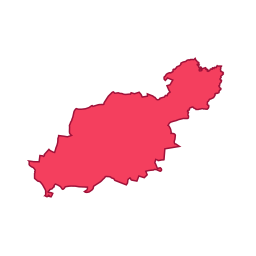 Chalán, Sucre, Colombia, rotated 79°
{"feature_id": "7082276B25475067985173", "entity_name": "Chalán", "entity_type": "district", "adm_level": 2, "iso_a3": "COL", "parent_name": "Colombia", "parent_adm1": "Sucre", "projection": "robinson", "projection_center": [-75.337, 9.572], "detail": "fine", "context": "isolated", "style": "filled", "palette": "rose", "viewbox_px": 256, "rotation_deg": 79, "n_neighbors": 0, "source": "geoboundaries", "source_scale": "gbopen_adm2", "svg_char_len": 5655}
<svg xmlns="http://www.w3.org/2000/svg" viewBox="0 0 256 256"><g transform="rotate(79 128 128)"><path d="M72.5,48.8L73.4,50.2L73.3,51.0L72.9,52.1L72.9,53.0L72.7,53.5L73.0,54.3L73.0,54.7L72.8,54.9L72.7,55.5L72.7,56.7L72.8,57.2L73.5,58.3L73.7,59.1L73.7,60.2L73.8,61.4L74.3,63.2L74.4,63.6L75.0,63.9L75.5,63.9L76.1,64.6L76.7,65.6L77.1,67.7L77.3,68.5L78.0,69.0L78.5,69.6L78.6,70.1L79.4,70.7L79.4,71.4L79.0,71.9L79.2,72.5L80.1,72.9L80.8,72.9L81.3,73.3L81.7,74.9L82.1,75.5L81.7,76.5L81.8,77.8L82.2,79.2L82.7,80.2L83.7,81.1L84.3,81.7L84.6,82.5L85.1,82.9L85.9,83.1L87.0,83.2L88.4,82.3L87.3,80.7L86.4,79.7L89.5,74.9L93.6,78.5L93.9,81.7L98.8,80.6L100.8,79.8L101.0,80.0L101.1,80.8L101.9,82.1L102.6,82.8L103.7,83.3L103.2,85.1L104.5,86.3L104.9,91.0L105.3,91.3L105.7,91.3L105.8,91.5L106.0,92.9L105.9,93.7L105.7,94.1L105.2,94.6L103.1,95.7L103.0,96.0L102.1,96.9L101.3,97.6L98.2,102.5L99.2,102.6L100.5,102.9L100.3,108.1L100.0,108.3L98.6,108.5L97.4,108.9L95.0,110.2L95.6,114.9L95.4,115.5L94.0,118.2L95.2,119.1L95.0,120.2L94.6,124.0L94.1,125.7L93.0,127.4L92.5,129.3L91.6,130.8L91.4,134.1L91.2,134.5L89.9,135.3L89.7,135.6L90.1,136.9L93.0,141.2L94.4,142.6L98.5,146.5L99.2,146.9L99.7,147.0L100.1,147.3L100.2,147.8L99.6,151.1L99.5,152.6L100.1,158.3L99.2,158.8L99.2,159.4L100.5,162.4L100.8,164.5L101.0,166.2L100.7,170.1L100.1,173.1L99.1,175.1L99.4,175.7L100.6,177.1L101.7,177.9L106.8,180.1L108.7,181.3L110.0,181.9L111.4,183.2L112.4,183.7L114.3,185.0L116.0,185.2L120.5,186.2L121.9,186.3L123.2,185.8L124.5,184.8L125.1,189.1L123.8,192.6L122.2,197.5L123.1,197.7L124.9,198.8L126.8,199.2L128.9,199.8L131.4,201.0L133.9,202.6L135.0,203.1L138.0,204.7L137.7,205.5L137.2,206.3L135.5,208.5L134.6,209.3L133.9,209.7L138.0,215.1L138.2,215.3L139.1,215.3L139.8,216.2L139.8,216.4L139.1,217.0L138.2,219.7L144.2,221.7L143.1,226.9L141.5,231.6L142.0,231.3L144.7,232.0L145.4,231.9L146.0,231.6L147.7,230.1L148.4,229.0L149.1,228.3L150.1,227.8L151.1,227.3L151.8,227.2L152.3,227.3L152.8,227.8L154.0,227.8L154.8,228.4L159.5,229.3L159.8,229.2L162.8,226.8L163.7,225.1L164.2,224.4L167.4,222.7L173.0,220.9L174.5,220.8L175.0,220.9L175.1,221.1L176.3,221.2L178.0,221.7L178.5,222.4L178.6,221.9L179.1,221.9L180.0,220.7L179.9,220.0L179.8,219.6L178.9,218.9L179.3,218.3L180.0,218.5L180.9,216.7L179.3,215.3L177.8,214.3L176.8,215.8L176.0,218.2L175.7,218.7L175.4,218.7L174.7,218.0L174.3,217.1L173.5,216.6L173.2,214.1L172.3,213.1L171.9,212.5L171.8,212.0L171.6,211.7L171.0,211.9L170.7,211.7L169.6,210.7L169.2,209.9L170.6,207.8L172.3,205.8L173.0,205.3L175.1,204.4L175.7,203.8L175.7,203.3L175.1,202.2L173.7,200.7L173.9,196.7L174.1,195.1L175.0,190.9L176.3,187.4L178.3,179.1L180.2,179.5L180.5,179.7L181.0,180.2L182.1,182.9L182.9,182.1L183.3,180.9L183.4,179.9L183.3,178.2L181.9,175.1L181.3,174.3L180.6,173.7L178.9,173.0L178.6,172.8L177.9,171.2L175.8,165.9L175.3,164.9L174.7,163.9L173.6,162.4L172.7,160.9L171.9,159.9L171.4,159.6L171.4,159.4L171.5,158.1L171.7,157.7L172.0,156.4L172.3,155.5L172.8,154.4L173.8,153.8L174.9,151.7L176.9,150.9L183.5,140.5L181.9,139.0L181.5,138.8L181.1,138.8L180.5,138.5L178.8,138.0L178.1,137.2L177.7,136.1L177.4,135.8L177.4,135.6L177.8,135.2L179.0,135.0L179.5,134.8L179.9,134.2L181.8,129.4L177.2,126.5L179.9,121.5L177.6,118.1L173.9,118.8L173.7,116.4L173.8,113.9L174.1,111.1L173.8,110.2L173.8,109.6L174.3,108.0L176.4,105.0L176.6,104.7L176.5,104.1L176.2,103.5L175.7,103.1L175.1,103.0L174.2,103.2L173.2,103.9L173.2,105.5L173.4,106.2L173.4,106.5L173.1,106.9L168.4,107.8L167.2,108.3L164.1,106.8L165.5,104.6L165.8,104.5L165.8,100.8L166.1,98.9L165.9,98.7L155.5,95.8L155.5,94.6L155.9,81.0L152.9,84.0L152.4,85.1L151.5,85.3L150.6,85.3L149.4,84.9L148.0,84.1L144.1,82.9L143.3,83.1L142.5,83.8L141.9,85.0L141.5,86.8L140.4,86.4L137.8,86.4L136.4,86.6L134.5,87.2L133.4,87.7L133.0,88.2L131.2,86.5L130.7,85.7L130.4,84.9L130.1,82.4L129.9,79.3L129.4,76.6L129.2,71.9L130.0,68.0L130.0,67.4L129.6,66.8L128.3,66.4L127.7,66.3L127.0,66.7L126.0,66.6L124.9,66.1L124.5,65.7L123.8,65.8L123.5,66.2L123.4,66.0L122.9,66.2L122.3,66.1L122.1,65.8L122.1,64.6L121.7,64.2L120.6,64.0L120.0,63.1L120.0,62.2L119.7,61.9L119.8,61.1L119.7,60.6L119.8,60.3L121.3,59.3L121.6,58.6L122.2,57.8L122.8,57.7L123.2,55.5L123.1,54.7L123.2,53.1L123.1,51.8L123.3,50.8L123.7,50.3L123.9,49.2L124.2,48.4L124.7,46.7L123.8,45.4L123.3,45.0L122.0,44.5L121.2,44.5L120.9,45.2L120.3,45.4L120.0,45.7L119.4,45.4L118.4,45.3L117.4,44.9L116.9,43.8L116.4,43.3L115.7,42.9L115.4,42.6L115.3,41.2L114.5,38.2L112.6,36.4L111.5,36.3L111.2,36.2L111.1,35.8L111.2,35.4L110.7,34.9L111.0,33.7L110.6,32.0L109.4,31.6L108.4,30.9L108.1,29.8L107.9,29.6L106.9,29.3L105.8,30.4L105.0,30.3L104.3,30.8L104.0,30.8L103.5,29.8L102.1,29.5L101.6,29.1L101.2,28.3L100.0,27.4L99.0,27.1L98.8,27.2L98.8,27.9L97.6,28.4L97.2,28.2L96.2,27.0L95.3,27.2L95.0,27.1L93.3,24.3L93.1,24.1L92.2,24.5L91.6,24.0L90.8,25.1L90.4,25.4L90.1,26.1L89.9,26.2L89.1,26.0L88.1,26.1L87.3,25.6L86.1,25.5L85.3,24.5L85.1,24.4L85.0,24.6L84.5,27.3L84.2,28.4L83.9,28.6L84.7,29.4L85.3,29.6L85.5,29.8L85.5,30.2L85.1,30.9L85.0,31.5L86.0,32.3L85.1,33.1L85.1,33.6L85.4,33.9L86.1,34.0L86.4,34.2L86.4,34.5L85.9,35.2L85.9,35.9L86.1,36.1L87.1,36.7L87.7,38.4L87.6,38.8L87.1,39.3L86.3,38.5L85.8,38.6L85.5,39.1L85.5,40.1L85.4,40.3L85.1,40.3L84.4,40.0L83.7,40.3L83.5,40.6L83.8,41.6L83.8,43.5L84.4,44.1L85.4,44.5L85.7,44.8L85.7,45.5L85.7,46.6L85.5,47.0L84.7,47.1L84.2,46.9L84.0,46.5L83.8,45.8L83.9,45.6L84.5,45.2L83.7,44.5L82.7,44.5L82.0,44.9L82.2,45.3L82.8,46.0L82.7,46.5L82.3,46.8L81.7,46.9L81.0,46.7L80.5,47.2L80.1,47.3L79.9,46.4L79.6,46.1L79.4,46.4L79.5,47.1L79.5,47.7L79.3,47.9L79.0,48.0L78.7,47.8L78.6,47.0L78.3,46.2L77.5,46.0L76.8,46.5L76.6,47.0L76.3,47.3L75.3,47.7L74.1,48.5L72.5,48.8Z" fill="#f43f5e" stroke="#9f1239" stroke-width="1.5"/></g></svg>